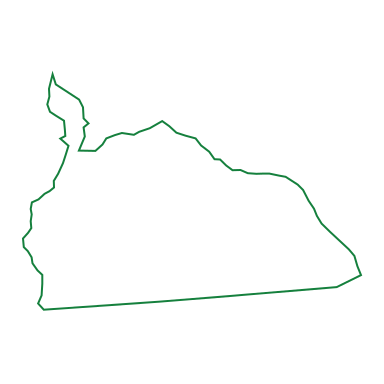 outline of Cedro, Pernambuco, Brazil
{"feature_id": "56859067B25789098180708", "entity_name": "Cedro", "entity_type": "district", "adm_level": 2, "iso_a3": "BRA", "parent_name": "Brazil", "parent_adm1": "Pernambuco", "projection": "albers", "projection_center": [-39.221, -7.727], "detail": "fine", "context": "isolated", "style": "outline", "palette": "green", "viewbox_px": 384, "rotation_deg": 0, "n_neighbors": 0, "source": "geoboundaries", "source_scale": "gbopen_adm2", "svg_char_len": 1107}
<svg xmlns="http://www.w3.org/2000/svg" viewBox="0 0 384 384"><path d="M52.6,74.3L49.0,88.8L49.4,96.6L47.3,104.4L50.0,111.8L55.8,115.6L64.0,120.7L64.9,130.0L65.3,136.0L60.3,138.6L68.5,145.8L65.6,155.1L63.0,163.1L58.1,173.8L53.8,180.9L54.0,187.5L49.6,191.1L44.6,193.8L38.5,199.4L31.9,202.4L30.7,209.0L31.7,214.4L30.7,221.2L31.3,228.1L28.1,232.8L23.0,238.5L23.8,247.1L27.8,251.1L31.6,257.3L32.5,263.3L37.5,270.4L42.3,274.9L42.3,283.8L41.6,295.4L38.1,303.5L43.8,309.7L158.9,301.7L233.7,295.7L242.9,294.9L336.7,287.1L361.0,275.1L357.4,266.2L354.4,255.9L348.8,249.3L330.2,232.0L321.6,223.6L316.9,215.9L314.0,208.7L308.6,200.7L303.1,190.0L297.7,184.6L285.6,176.8L279.5,175.7L269.4,173.6L263.1,173.6L256.4,173.8L247.8,173.2L240.5,170.0L232.5,170.2L226.2,165.5L220.1,159.5L214.5,159.2L209.2,151.7L201.1,145.5L195.6,138.4L185.6,135.7L176.4,132.7L169.3,126.2L162.2,121.1L149.8,128.2L139.2,131.8L133.9,134.8L121.9,133.0L114.9,135.1L106.3,138.4L102.5,144.5L95.4,150.9L78.9,150.6L84.8,136.5L83.6,127.4L88.5,123.4L83.6,118.4L83.0,107.3L79.1,99.6L55.8,84.4L52.6,74.3Z" fill="none" stroke="#15803d" stroke-width="2"/></svg>